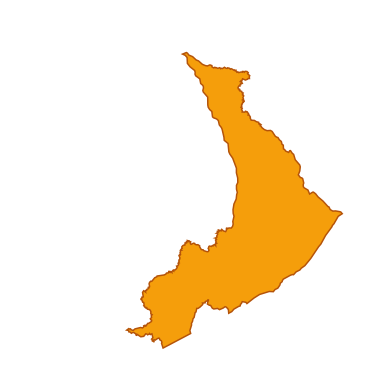 the district of Caracaraí, Roraima, Brazil, rotated 152°
{"feature_id": "56859067B80750202370332", "entity_name": "Caracaraí", "entity_type": "district", "adm_level": 2, "iso_a3": "BRA", "parent_name": "Brazil", "parent_adm1": "Roraima", "projection": "mercator", "projection_center": [-61.229, 0.312], "detail": "fine", "context": "isolated", "style": "filled", "palette": "amber", "viewbox_px": 384, "rotation_deg": 152, "n_neighbors": 0, "source": "geoboundaries", "source_scale": "gbopen_adm2", "svg_char_len": 5959}
<svg xmlns="http://www.w3.org/2000/svg" viewBox="0 0 384 384"><g transform="rotate(152 192 192)"><path d="M135.6,318.2L133.8,315.8L133.2,313.0L135.7,307.7L134.9,303.3L132.6,298.0L133.1,296.0L134.0,294.7L134.2,292.9L132.0,288.3L133.4,283.7L132.4,281.1L132.5,279.7L133.1,278.4L134.8,276.5L135.1,275.0L133.6,268.4L137.2,261.4L137.9,259.2L137.7,256.5L136.7,253.8L138.6,248.7L138.2,247.5L136.0,245.0L135.2,242.8L136.4,238.4L135.8,235.0L136.0,233.1L138.1,225.3L139.3,222.5L137.4,217.9L140.6,210.2L140.8,207.8L140.2,202.7L141.6,192.2L143.8,188.1L145.1,182.9L147.1,178.9L149.6,177.0L151.4,173.6L152.2,170.3L153.8,168.7L156.3,165.0L160.6,161.7L164.1,157.1L165.7,153.7L166.3,150.9L169.8,146.8L170.7,144.4L172.1,142.8L174.1,141.7L176.3,142.9L178.0,142.9L178.1,143.8L178.6,143.8L179.7,142.0L180.9,141.2L182.6,143.0L183.3,145.0L184.5,144.1L184.7,144.7L186.0,144.7L186.0,145.7L186.5,146.1L186.9,144.9L188.1,145.4L188.7,144.4L188.1,144.4L188.0,144.0L189.5,144.0L189.1,143.7L189.1,142.7L191.0,141.4L191.0,140.6L191.6,140.2L192.9,140.4L192.4,140.0L193.2,139.3L192.7,138.6L194.1,137.9L194.0,136.8L194.8,136.1L194.3,135.2L195.8,135.1L196.3,133.7L196.6,135.0L197.4,134.8L198.0,135.2L198.7,134.5L199.5,135.1L200.4,134.8L201.8,136.0L202.6,136.0L204.3,134.4L204.1,133.8L204.5,132.4L205.9,131.8L206.7,132.2L209.1,134.6L209.3,135.7L210.8,136.8L211.0,140.0L210.5,140.9L211.5,142.7L213.0,143.4L213.8,144.4L213.8,145.4L214.7,146.1L217.4,146.2L217.7,147.1L216.6,148.7L217.2,148.9L217.3,150.0L218.6,151.1L218.6,150.2L219.3,150.9L220.1,150.0L220.4,150.6L221.3,149.7L221.9,150.3L223.3,148.5L224.3,149.0L225.5,148.9L226.8,148.3L227.2,147.2L226.9,146.3L227.5,147.0L229.3,146.1L228.9,145.6L229.8,145.8L230.3,144.6L229.9,144.6L231.2,143.9L231.3,142.4L231.8,141.9L232.4,142.4L233.3,142.1L233.6,139.5L234.5,138.4L235.6,138.0L235.8,137.0L237.0,136.1L236.7,135.4L237.8,135.4L238.0,134.1L239.3,133.5L240.4,133.8L240.5,132.4L241.7,131.6L243.5,131.1L244.9,131.8L245.3,130.8L245.8,131.6L247.3,131.2L247.6,130.4L248.1,131.6L249.0,131.2L249.3,131.6L249.1,132.4L249.8,132.8L250.7,131.7L252.6,132.4L253.6,131.8L255.4,131.8L262.3,134.2L262.8,133.7L265.2,133.8L269.2,132.1L269.9,132.2L270.2,132.6L271.8,132.2L273.0,131.1L273.7,128.7L274.1,128.2L275.1,128.3L274.8,127.8L275.7,127.2L277.6,127.2L277.8,126.7L278.9,126.4L279.2,126.8L280.0,126.5L280.1,125.7L281.0,127.5L282.8,126.6L284.2,122.4L285.5,122.6L285.4,122.0L287.0,121.8L287.5,121.0L286.9,120.3L287.3,117.9L286.5,117.1L287.4,114.6L288.0,114.3L287.5,113.3L287.8,113.0L287.3,111.4L286.8,110.8L286.3,111.0L286.4,109.5L284.6,108.0L284.4,105.9L285.6,103.7L284.8,102.4L286.1,101.9L286.6,100.2L288.3,99.7L288.4,98.7L287.8,97.7L288.6,96.7L291.9,96.4L292.7,96.8L295.7,95.3L296.2,95.5L296.1,96.4L297.4,96.5L297.4,96.1L298.4,95.4L299.5,95.2L301.0,96.5L306.6,97.9L309.0,97.4L310.6,99.2L310.5,100.0L311.3,100.2L311.9,101.1L314.5,100.7L313.1,99.5L313.4,98.1L312.6,97.6L311.8,95.7L310.6,95.8L309.3,95.2L308.3,93.1L308.5,91.7L308.1,91.4L307.3,92.1L305.2,88.2L302.4,87.2L299.4,88.5L298.5,87.7L298.3,86.8L296.5,86.6L296.0,87.0L295.7,85.7L294.0,85.6L294.9,81.8L296.7,81.1L296.4,80.6L297.0,79.2L296.0,77.7L295.6,78.0L295.8,78.9L294.8,79.5L294.0,78.5L291.3,78.8L289.9,78.6L289.5,78.1L289.8,76.6L288.9,75.0L289.2,73.3L289.9,72.8L290.8,67.8L259.6,67.7L258.9,70.7L254.8,74.8L254.2,76.2L252.3,77.5L250.6,79.6L249.0,80.3L245.8,84.1L244.8,84.2L242.5,87.0L241.4,86.4L239.1,86.6L235.5,87.6L234.9,88.2L234.9,89.0L232.4,88.0L231.7,89.0L229.6,88.8L228.5,89.3L228.2,89.0L228.7,88.2L229.3,88.0L231.0,85.8L229.9,83.9L228.8,83.1L228.6,79.9L227.7,78.5L224.1,77.2L222.9,75.2L219.0,74.9L216.7,75.2L216.0,74.6L215.2,72.4L215.2,70.8L216.5,67.7L213.1,67.7L210.0,68.9L204.7,69.1L202.9,68.8L201.9,70.1L200.8,70.3L199.1,71.6L196.2,69.3L195.9,67.7L187.0,69.3L180.4,69.8L170.5,67.9L167.0,65.8L164.5,66.9L161.4,66.8L158.2,68.5L156.8,70.0L154.5,70.5L153.9,71.3L152.2,72.2L144.2,72.3L142.2,72.0L141.2,71.3L137.5,72.6L133.4,72.5L131.3,73.4L126.9,74.0L118.3,77.6L106.0,84.2L102.7,85.5L94.5,90.9L84.8,95.6L83.8,96.5L81.6,97.3L74.3,101.9L69.5,102.3L70.0,104.5L70.8,105.3L74.0,107.8L76.7,109.1L78.2,111.6L78.1,114.6L78.8,115.4L80.6,122.5L83.0,128.5L83.7,132.4L84.8,134.8L85.5,135.2L89.1,135.0L88.7,139.3L91.0,143.0L91.2,144.4L90.4,146.2L89.1,147.5L88.0,151.8L88.4,152.9L89.5,153.9L90.1,157.2L87.0,159.9L84.6,163.4L84.2,165.3L85.7,172.0L84.6,177.5L85.3,179.2L85.6,182.3L86.3,182.6L88.1,181.6L90.1,184.2L90.3,186.1L91.0,187.1L89.4,190.5L90.1,191.9L89.4,194.7L90.4,197.1L90.5,199.7L91.5,200.7L92.3,202.2L92.8,207.8L93.8,209.5L96.9,210.9L98.8,213.1L100.0,215.9L100.3,218.2L100.7,218.5L100.2,219.2L99.5,219.1L99.7,219.7L100.7,220.2L100.3,220.6L100.8,221.2L100.4,222.2L102.2,223.9L103.3,225.9L106.0,227.6L105.9,230.1L105.3,230.7L105.4,233.2L106.3,233.6L105.2,234.9L105.9,236.4L105.6,236.8L106.9,238.2L107.9,237.7L110.1,239.1L109.5,239.7L109.5,241.6L108.5,242.1L109.0,243.5L108.1,243.6L108.2,244.5L107.6,244.7L107.4,245.6L106.6,246.3L106.2,246.1L105.1,247.4L104.5,247.1L104.2,247.8L103.4,247.6L103.2,248.3L104.2,249.6L102.9,249.8L102.8,251.4L101.2,252.6L101.8,254.0L101.2,254.1L101.0,255.0L100.4,255.4L101.2,256.2L100.9,257.5L102.4,259.0L102.4,259.7L101.8,259.7L101.7,260.3L102.7,261.4L102.3,262.7L100.9,263.6L99.8,263.1L99.5,264.0L98.7,264.5L98.4,264.1L97.8,264.8L96.6,264.3L96.5,265.8L97.5,266.8L96.4,267.2L95.8,266.8L94.2,268.2L92.3,265.8L89.9,265.5L89.3,265.9L88.0,265.2L87.3,266.9L86.4,267.6L87.4,270.3L86.3,270.9L86.9,272.6L88.4,273.6L89.6,273.2L89.8,274.1L90.8,274.7L91.2,274.1L92.3,274.9L94.7,275.5L94.8,276.1L96.1,276.6L95.8,277.2L96.6,278.3L96.1,278.8L96.8,279.1L97.0,279.7L97.6,279.5L98.8,281.6L99.6,282.5L100.5,282.4L100.8,283.6L102.2,284.9L102.8,284.6L103.8,285.2L104.8,286.9L107.1,286.7L108.1,287.5L108.8,287.4L109.1,288.7L111.2,289.1L112.4,290.6L113.1,290.8L113.3,291.4L114.6,291.4L115.6,293.1L115.1,294.3L116.5,295.8L119.3,296.1L120.9,297.4L122.9,299.9L124.7,304.7L126.3,306.6L127.9,311.2L130.5,314.4L130.8,316.7L131.5,317.8L135.6,318.2Z" fill="#f59e0b" stroke="#b45309" stroke-width="1.5"/></g></svg>